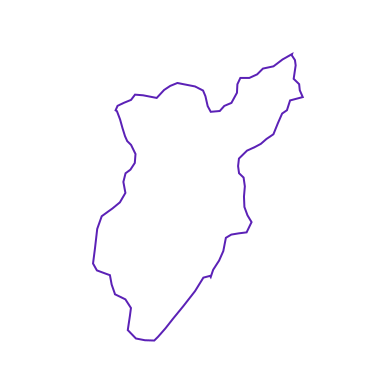 outline of Vimmerby, Kalmar, Sweden, rotated 281°
{"feature_id": "70781695B52045533675939", "entity_name": "Vimmerby", "entity_type": "district", "adm_level": 2, "iso_a3": "SWE", "parent_name": "Sweden", "parent_adm1": "Kalmar", "projection": "natural_earth1", "projection_center": [15.936, 57.699], "detail": "fine", "context": "isolated", "style": "outline", "palette": "violet", "viewbox_px": 384, "rotation_deg": 281, "n_neighbors": 0, "source": "geoboundaries", "source_scale": "gbopen_adm2", "svg_char_len": 1348}
<svg xmlns="http://www.w3.org/2000/svg" viewBox="0 0 384 384"><g transform="rotate(281 192 192)"><path d="M346.5,263.9L339.4,255.6L330.9,248.0L326.7,238.1L319.9,233.5L314.9,226.5L313.2,217.7L306.4,216.0L298.0,217.2L287.0,213.7L282.7,207.3L276.8,203.8L274.3,195.1L279.3,191.0L288.6,186.9L293.7,183.5L296.2,174.8L296.2,156.8L292.0,150.4L286.9,145.2L277.6,139.4L277.6,125.6L276.7,117.5L270.8,114.6L266.6,108.2L262.4,102.5L257.6,101.4L257.0,102.9L249.6,107.5L241.4,111.6L234.0,115.6L229.6,118.7L226.6,123.2L218.5,129.3L209.6,130.3L202.2,127.3L197.7,123.2L188.8,122.7L178.4,126.8L168.1,123.2L160.7,117.1L157.0,113.6L151.0,108.0L137.7,106.0L118.4,107.5L102.9,108.5L96.9,113.6L95.4,122.7L94.7,127.3L85.8,130.8L77.9,135.4L76.9,135.9L73.9,147.1L66.5,154.2L58.3,154.7L44.2,155.3L37.5,164.9L37.5,174.1L39.0,183.3L43.4,186.3L53.0,191.9L64.1,197.6L78.2,205.2L95.3,213.9L110.1,219.5L113.1,225.7L112.1,226.6L119.7,227.6L129.9,231.7L140.0,234.0L153.5,234.0L157.7,238.7L160.3,245.7L162.8,253.3L173.8,256.2L179.7,250.9L187.3,246.3L197.4,243.9L207.6,242.8L216.0,239.9L219.4,234.6L226.2,232.3L233.8,231.7L243.1,238.1L248.1,245.1L252.4,250.4L258.3,255.0L264.2,260.9L276.0,263.2L286.2,265.5L290.4,269.6L300.6,270.8L306.3,282.6L312.4,278.4L318.3,276.6L322.5,270.2L336.1,269.6L341.1,267.9L345.3,263.8L346.5,263.9Z" fill="none" stroke="#5b21b6" stroke-width="2"/></g></svg>